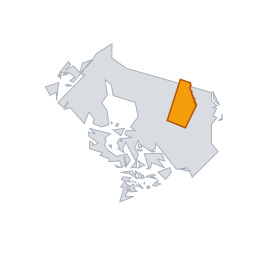 Alberta on a map of Canada (orthographic projection), rotated 203°
{"feature_id": "CAN-632", "entity_name": "Alberta", "entity_type": "Province", "adm_level": 1, "iso_a3": "CAN", "parent_name": "Canada", "parent_adm1": "", "projection": "orthographic", "projection_center": [-116.491, 54.496], "detail": "fine", "context": "in_parent", "style": "filled", "palette": "amber", "viewbox_px": 256, "rotation_deg": 203, "n_neighbors": 0, "source": "natural_earth", "source_scale": "10m", "svg_char_len": 5372}
<svg xmlns="http://www.w3.org/2000/svg" viewBox="0 0 256 256"><g transform="rotate(203 128 128)"><path d="M52.6,164.1L45.3,146.6L35.9,141.5L49.6,107.8L55.8,113.7L55.4,111.9L64.8,110.2L59.9,112.5L58.5,113.8L58.7,114.2L67.2,108.9L96.6,125.0L94.7,119.8L97.4,116.4L93.7,116.9L96.6,115.3L110.0,117.5L107.5,115.2L109.1,114.3L111.3,114.6L112.2,119.2L113.7,120.5L114.2,112.2L108.1,107.7L108.0,100.7L124.6,114.0L124.8,107.1L122.0,103.8L129.2,104.9L128.2,106.7L132.4,110.5L131.3,114.2L128.7,112.9L128.2,112.9L128.0,113.5L131.0,115.1L120.9,120.7L128.5,120.7L128.7,124.9L120.1,128.4L126.1,129.8L123.1,142.5L131.4,154.4L154.3,152.1L160.5,161.4L168.0,163.5L160.0,150.6L161.9,140.9L154.1,135.9L147.0,123.5L152.7,118.6L161.9,118.6L162.7,123.0L170.2,127.5L170.0,114.9L188.8,124.1L193.9,120.4L192.8,127.7L193.9,128.7L195.1,121.6L202.5,123.9L188.5,159.8L191.5,159.0L191.4,165.5L190.1,167.7L187.9,174.2L186.1,184.3L175.6,199.2L170.4,186.2L152.6,182.3L65.2,193.2L61.4,185.4L54.6,183.3L57.6,180.2L54.1,180.7L54.4,172.5L50.2,172.3L52.6,164.1ZM118.6,100.5L120.5,99.5L115.8,93.0L118.2,89.2L122.7,94.5L132.4,89.6L133.3,92.3L143.0,92.1L141.6,95.4L155.3,93.9L158.1,100.9L154.0,100.5L153.4,98.0L149.3,102.5L160.7,105.1L162.9,108.9L155.7,110.0L163.6,112.5L141.9,115.9L145.7,109.1L143.0,107.8L142.8,102.6L137.5,99.6L127.5,97.5L118.5,103.8L113.2,99.0L114.9,90.6L115.3,94.7L119.7,98.5L118.6,100.5ZM95.8,67.3L106.7,56.8L108.3,71.5L111.6,70.8L110.1,78.2L114.0,77.8L113.5,81.1L105.9,83.5L106.8,80.3L104.8,78.8L108.2,78.9L108.7,78.3L108.2,76.2L103.8,75.2L106.1,74.1L106.6,72.9L101.1,70.5L106.0,70.6L103.0,69.3L104.9,65.8L103.8,66.1L103.5,64.2L95.8,67.3ZM79.0,105.6L92.8,105.5L91.5,99.9L93.4,99.5L103.0,110.6L87.1,117.9L81.2,112.0L88.5,110.9L79.0,105.6ZM202.5,163.8L193.8,160.2L195.3,169.7L188.1,176.6L196.1,148.7L199.8,148.7L197.0,154.4L204.6,156.1L212.5,152.6L208.9,166.0L205.7,164.1L208.6,156.6L202.5,163.8ZM73.4,95.5L83.3,99.1L74.0,107.8L70.8,104.1L73.4,95.5ZM95.1,73.2L100.2,70.4L103.9,73.1L101.6,78.5L98.4,76.6L99.8,74.5L95.1,73.2ZM99.4,84.7L108.3,86.7L117.4,84.3L107.3,90.3L99.4,84.7ZM81.0,92.6L92.7,90.2L86.3,95.6L84.3,94.8L87.6,92.5L81.0,92.6ZM204.5,125.3L207.9,132.8L212.6,127.7L220.1,133.6L209.6,142.7L204.5,125.3ZM98.0,100.3L102.9,95.2L102.5,98.5L106.0,101.9L98.0,100.3ZM131.1,126.4L131.6,118.1L140.8,120.4L131.1,126.4ZM104.6,95.0L109.6,92.6L107.3,100.8L104.6,95.0ZM82.9,85.0L81.4,88.9L76.1,89.2L79.9,85.1L82.9,85.0ZM99.1,85.9L100.5,91.0L95.3,90.1L96.9,89.0L95.5,86.9L99.1,85.9ZM90.1,78.0L94.6,78.6L96.2,80.9L90.1,78.0ZM52.8,184.8L59.6,187.4L64.5,195.2L52.8,184.8ZM119.0,88.9L122.6,87.4L125.0,88.6L119.0,88.9ZM105.5,113.1L109.5,110.8L111.5,112.2L105.5,113.1ZM102.7,88.1L104.4,91.4L101.9,90.7L102.7,88.1ZM96.4,77.9L99.2,79.7L95.8,78.2L96.4,77.9ZM135.5,103.3L139.0,104.5L136.6,105.9L135.5,103.3ZM85.5,82.5L87.7,82.2L84.8,83.3L85.5,82.5ZM95.2,97.7L93.7,99.0L92.7,98.4L95.2,97.7ZM209.3,146.7L211.9,150.7L211.2,148.3L212.8,148.4L212.3,151.1L210.8,152.1L209.3,146.7ZM86.4,79.9L87.7,81.1L84.6,81.4L86.4,79.9ZM202.3,143.0L200.1,144.7L196.3,145.1L199.3,143.0L202.3,143.0ZM140.0,124.7L140.0,128.0L138.2,128.0L138.1,125.9L140.0,124.7ZM44.5,172.7L47.6,170.0L46.1,173.2L44.5,172.7ZM98.8,81.6L100.7,80.4L101.2,80.7L98.8,81.6ZM94.8,87.6L94.7,89.6L93.4,88.6L94.8,87.6ZM203.9,154.5L205.3,153.6L208.3,151.1L208.1,153.8L203.9,154.5ZM144.2,125.0L146.1,127.0L144.9,127.0L144.2,125.0ZM81.1,89.6L79.8,91.6L79.3,91.3L81.1,89.6ZM103.5,80.1L103.3,81.2L102.8,80.5L103.5,80.1ZM91.5,83.2L91.9,84.8L90.8,83.0L91.5,83.2ZM44.8,173.4L45.9,174.7L47.0,177.9L44.8,173.4Z" fill="#d9dde1" stroke="#a8b0b8" stroke-width="1"/><path d="M98.8,193.2L88.4,193.9L88.4,193.7L88.2,193.6L88.1,193.4L87.9,193.1L87.7,193.1L87.5,192.9L87.4,192.8L87.4,192.7L87.2,192.5L87.1,192.4L87.0,192.2L86.9,192.1L87.0,191.9L87.0,191.7L86.9,191.7L86.9,191.8L86.8,191.7L86.7,191.7L86.6,191.4L86.7,191.2L86.8,191.1L86.8,190.9L86.8,190.7L86.7,190.5L86.7,190.4L86.7,190.2L86.8,190.1L86.7,189.9L86.7,189.7L86.5,189.4L86.5,189.2L86.4,188.9L86.4,188.7L86.2,188.4L86.0,188.1L85.9,187.9L85.8,187.7L85.6,187.7L85.4,187.7L85.4,187.8L85.2,187.7L85.1,187.4L85.0,187.2L84.9,187.1L84.7,187.0L84.6,186.9L84.4,186.8L84.3,186.7L84.2,186.7L84.4,186.5L84.3,186.4L84.3,186.2L84.2,186.2L83.9,186.0L83.9,185.9L83.6,185.8L83.5,185.7L83.4,185.7L83.3,185.3L83.2,185.3L83.2,185.2L82.9,185.1L82.9,184.9L82.7,184.9L82.6,184.7L82.6,184.4L82.4,184.2L82.3,183.9L82.2,183.9L82.1,183.7L81.9,183.6L81.8,183.4L81.8,183.2L81.7,183.1L81.6,182.9L81.6,183.0L81.4,183.0L81.3,183.3L81.2,183.3L81.0,183.2L80.9,183.0L80.9,182.9L80.8,182.7L80.7,182.5L80.6,182.3L80.4,182.2L80.2,182.0L80.2,181.9L80.2,181.6L79.9,181.7L79.7,181.6L79.4,181.6L79.2,181.4L78.9,181.1L79.0,181.0L79.0,180.9L79.1,180.7L78.8,180.5L78.6,180.4L78.4,180.3L78.4,180.5L78.2,180.6L77.9,180.7L77.9,180.4L78.0,180.3L78.0,180.2L77.9,180.2L77.8,179.9L77.7,179.9L77.7,179.7L77.8,179.6L77.7,179.4L77.7,179.2L77.5,178.9L77.4,178.8L77.4,178.7L77.2,178.6L77.0,178.4L76.9,178.3L77.0,178.2L76.9,178.0L76.8,177.9L76.7,178.0L76.7,177.9L76.8,177.8L76.8,177.7L76.7,177.7L76.5,177.4L76.4,177.4L76.3,177.2L76.2,177.2L76.2,177.3L76.1,177.5L75.9,177.5L75.8,177.4L75.7,177.4L75.4,177.0L75.3,176.9L75.3,176.7L75.2,176.7L74.8,176.6L74.7,176.7L74.4,176.2L74.2,176.1L74.2,175.9L74.1,175.7L74.4,175.7L74.5,175.7L74.4,175.4L74.2,175.3L74.1,175.2L74.0,174.9L74.0,174.7L75.2,150.6L94.8,150.2L98.8,193.2Z" fill="#f59e0b" stroke="#b45309" stroke-width="1.5"/></g></svg>